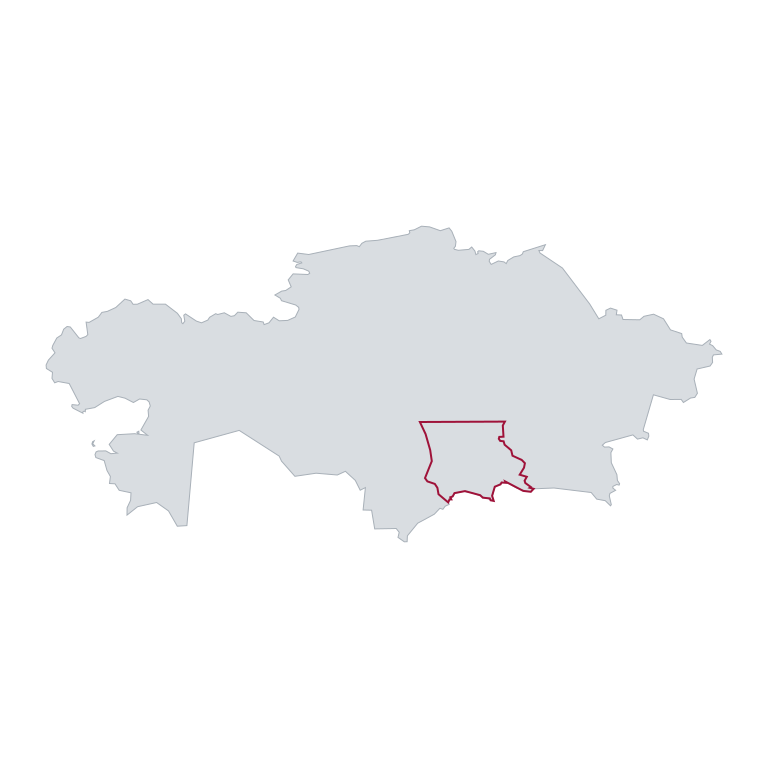 Zhambyl on a map of Kazakhstan (Equal Earth projection)
{"feature_id": "KAZ-3252", "entity_name": "Zhambyl", "entity_type": "Region", "adm_level": 1, "iso_a3": "KAZ", "parent_name": "Kazakhstan", "parent_adm1": "", "projection": "equal_earth", "projection_center": [72.801, 44.147], "detail": "coarse", "context": "in_parent", "style": "outline", "palette": "rose", "viewbox_px": 768, "rotation_deg": 0, "n_neighbors": 0, "source": "natural_earth", "source_scale": "10m", "svg_char_len": 4346}
<svg xmlns="http://www.w3.org/2000/svg" viewBox="0 0 768 768"><path d="M449.2,504.4L445.2,506.2L442.9,509.3L439.9,508.3L434.3,514.2L417.7,523.2L407.4,535.8L407.1,541.7L404.3,541.8L398.0,537.4L399.2,532.3L396.2,528.5L374.7,528.9L371.6,510.2L363.1,510.0L365.4,487.6L360.2,490.2L355.3,480.4L345.4,471.3L337.3,475.0L316.1,473.2L294.9,476.3L281.5,461.1L279.2,456.1L239.2,430.4L194.2,442.8L186.9,525.6L177.3,526.2L168.5,510.9L156.6,502.5L137.6,506.7L127.0,515.1L127.1,507.8L130.6,500.3L131.0,492.8L119.2,490.3L115.0,483.8L109.5,483.5L110.4,476.5L107.0,470.5L104.2,460.6L95.9,457.6L95.0,454.6L96.1,451.9L98.1,451.0L105.8,450.9L110.9,453.7L117.3,453.1L113.5,451.1L109.2,444.4L117.2,434.7L134.6,433.7L147.6,435.3L140.9,430.0L148.6,416.4L148.1,410.2L150.3,406.0L149.1,401.9L146.8,399.8L139.6,399.0L133.4,402.5L125.1,398.2L117.9,396.4L104.5,401.4L94.7,407.6L85.4,409.3L85.3,411.7L84.1,411.1L82.6,412.2L82.9,413.2L73.1,408.2L71.7,406.4L72.1,404.6L78.1,405.2L79.6,403.7L69.2,383.5L58.1,381.5L54.7,382.8L52.0,378.4L52.5,372.3L46.4,368.5L46.1,365.0L48.4,360.1L55.0,352.8L52.0,348.2L52.8,345.4L56.8,338.0L61.5,334.9L63.7,329.2L67.1,326.5L70.3,327.0L78.9,337.9L80.5,338.5L86.1,336.4L87.8,334.6L86.1,322.1L89.1,322.4L98.3,317.2L101.9,312.4L107.3,311.4L115.8,307.5L124.9,299.1L130.7,300.8L133.1,304.3L137.4,304.2L148.0,299.6L153.1,304.2L165.5,304.2L177.4,313.3L181.3,318.7L181.7,322.7L182.9,323.7L184.8,321.2L183.8,315.2L185.5,313.9L196.4,321.1L201.5,322.8L207.8,320.1L209.6,317.3L215.7,313.7L217.7,314.5L224.3,312.8L230.9,316.4L234.4,315.7L237.8,312.2L246.2,312.8L254.0,320.5L263.2,322.0L264.1,324.6L269.0,322.8L273.5,317.2L279.2,320.8L287.7,320.4L295.3,317.0L299.0,309.4L298.7,307.4L295.7,305.0L281.5,300.7L280.4,298.3L274.9,295.0L281.7,291.1L285.7,290.5L291.2,286.8L288.2,279.9L293.1,273.9L307.9,274.5L309.7,273.3L308.8,271.2L303.3,268.8L296.0,267.6L295.5,266.6L296.8,264.5L301.8,262.9L300.9,261.8L297.2,262.4L293.1,261.0L297.7,253.1L308.7,254.5L349.5,245.9L356.8,245.6L359.3,246.7L361.9,243.3L365.8,241.2L377.6,240.3L408.3,234.3L409.8,232.8L409.3,230.7L414.3,229.8L421.5,226.2L429.6,226.9L440.3,230.7L449.1,227.9L451.8,231.3L456.0,241.6L455.4,246.3L453.8,248.3L454.4,249.3L458.3,250.3L468.9,249.4L471.7,247.0L474.9,251.0L475.9,254.6L478.1,253.5L477.7,251.7L478.7,250.8L483.3,251.3L488.3,254.3L496.0,252.6L495.4,254.8L489.5,259.3L489.2,261.4L491.2,264.4L498.3,261.0L504.0,261.9L506.2,263.6L507.8,260.5L513.8,256.9L520.0,255.6L522.4,254.0L523.3,251.7L545.4,244.7L542.6,250.6L538.9,250.5L540.0,253.0L562.4,268.0L589.7,304.0L598.8,318.8L605.8,315.2L605.9,310.3L610.5,308.1L617.0,310.2L616.3,314.8L621.5,315.0L623.0,319.5L639.8,319.8L644.0,316.3L653.6,314.2L663.5,318.8L670.5,329.9L681.7,333.6L682.2,337.1L686.4,343.0L702.3,345.4L709.9,339.6L711.0,341.3L709.5,344.1L712.7,345.7L716.2,349.9L720.2,351.4L721.9,354.1L713.5,354.9L712.3,357.2L712.6,362.4L710.1,366.0L697.1,369.0L694.1,379.1L697.4,393.3L694.8,397.4L690.6,398.0L683.4,402.5L681.2,399.4L670.2,399.5L653.4,394.8L643.3,429.5L643.5,431.2L648.5,433.3L648.8,436.2L647.3,439.9L642.9,437.8L637.5,439.1L632.9,434.9L605.4,442.5L602.3,445.2L604.5,447.1L609.0,446.9L612.9,449.0L610.9,452.6L611.3,462.7L616.9,474.7L617.4,480.4L619.6,483.7L619.1,485.1L616.7,484.5L612.9,486.4L612.8,488.0L615.6,490.3L609.9,493.4L609.3,495.9L611.3,504.7L610.5,505.8L605.3,500.7L596.7,499.1L591.2,492.5L554.0,488.0L534.1,488.8L530.6,491.6L526.0,491.1L516.4,487.9L505.8,482.0L501.3,483.0L494.6,487.3L492.3,496.6L493.5,500.8L472.4,492.9L463.4,491.4L454.7,493.4L448.3,502.3L449.2,504.4ZM94.9,445.9L93.3,446.4L91.9,444.0L92.6,441.7L94.2,440.8L92.7,443.8L94.9,445.9ZM139.0,433.6L137.6,433.2L136.9,432.2L138.8,431.2L139.0,433.6Z" fill="#d9dde1" stroke="#a8b0b8" stroke-width="1"/><path d="M523.2,490.9L505.3,481.5L505.9,482.8L501.6,482.5L500.5,484.4L494.8,486.7L492.1,495.8L493.7,500.9L490.6,500.3L489.8,498.4L482.8,497.7L480.2,495.2L465.0,491.1L454.5,493.1L452.7,496.4L450.3,497.3L451.3,499.4L449.5,499.4L448.2,502.4L438.5,494.2L437.4,487.8L434.8,483.9L427.4,481.4L425.0,478.1L431.8,461.1L430.2,450.1L425.6,434.1L419.9,422.0L504.9,421.6L502.8,425.5L503.5,436.7L499.3,436.9L498.8,438.8L500.2,440.9L503.6,441.3L504.6,444.7L511.2,450.3L512.5,455.7L521.8,460.0L524.9,463.2L524.0,467.7L519.7,474.7L526.8,476.8L524.6,480.7L525.3,483.0L530.8,487.0L529.7,487.8L533.6,488.8L530.8,491.8L523.2,490.9Z" fill="none" stroke="#9f1239" stroke-width="2"/></svg>